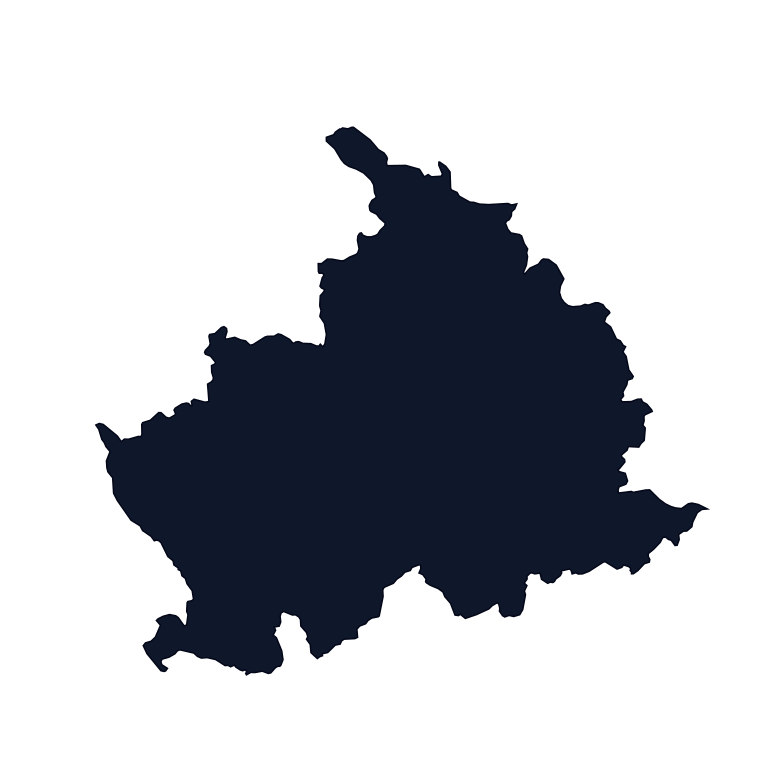 the border of Shan, rotated 258°
{"feature_id": "MMR-3277", "entity_name": "Shan", "entity_type": "State", "adm_level": 1, "iso_a3": "MMR", "parent_name": "Myanmar", "parent_adm1": "", "projection": "robinson", "projection_center": [97.631, 21.717], "detail": "fine", "context": "isolated", "style": "filled", "palette": "ink", "viewbox_px": 768, "rotation_deg": 258, "n_neighbors": 0, "source": "natural_earth", "source_scale": "10m", "svg_char_len": 6156}
<svg xmlns="http://www.w3.org/2000/svg" viewBox="0 0 768 768"><g transform="rotate(258 384 384)"><path d="M521.9,543.5L518.6,540.5L518.0,538.2L516.2,536.2L509.6,537.3L505.4,539.5L502.0,547.6L500.2,549.4L492.1,550.4L486.2,552.6L482.7,550.8L478.7,550.9L470.7,548.0L464.2,543.6L462.2,544.4L467.0,550.8L469.1,560.0L472.5,563.9L473.2,565.9L471.6,570.9L464.5,577.2L449.4,581.8L443.2,577.0L437.1,574.7L430.9,575.2L426.3,577.2L422.5,580.3L420.4,584.4L419.3,592.6L420.1,597.1L418.7,600.3L419.6,607.7L418.8,610.7L416.0,614.7L412.0,616.4L408.3,619.4L406.7,619.7L403.4,615.1L398.8,612.4L392.7,617.6L379.7,620.7L377.1,624.1L371.9,626.1L370.3,628.1L365.7,624.4L360.6,626.6L346.9,626.4L339.6,629.4L337.7,627.9L337.1,623.1L332.8,621.4L326.5,616.0L322.5,615.9L319.7,612.3L317.5,612.9L316.8,614.5L315.4,622.3L316.4,628.8L315.8,632.5L312.8,633.2L309.6,636.9L303.1,640.4L301.4,640.7L299.6,632.9L298.2,631.5L293.9,630.8L289.9,628.7L286.6,630.4L274.7,626.8L272.3,622.9L269.3,620.1L272.0,610.0L268.7,608.0L265.1,601.4L263.3,601.4L260.2,603.6L257.6,603.4L252.0,596.4L251.8,594.9L249.4,595.8L246.5,601.4L238.5,602.1L235.7,599.8L234.6,592.6L231.7,590.9L228.6,590.7L227.5,603.5L226.2,605.4L225.9,618.1L225.2,621.9L214.0,629.2L208.3,634.3L204.7,638.9L202.2,643.3L200.3,649.1L203.6,656.8L203.5,660.4L200.8,666.4L194.5,674.4L195.2,668.8L193.0,663.7L184.6,657.2L180.4,655.5L177.2,649.6L177.8,646.2L175.5,640.9L170.4,640.4L165.3,637.2L165.5,635.1L171.5,632.4L172.8,629.9L175.4,627.9L176.0,625.7L175.3,624.2L171.7,621.3L166.2,613.2L163.2,607.3L160.4,606.6L157.1,607.5L154.6,606.5L154.1,601.3L148.7,593.5L146.5,588.4L146.9,586.6L148.9,587.0L150.3,586.0L152.4,587.0L154.5,585.4L157.2,580.7L155.2,578.5L154.5,573.5L164.2,563.4L164.2,561.5L158.1,545.5L157.0,538.7L157.7,534.6L159.4,532.4L159.1,528.5L162.8,528.3L164.5,527.0L164.3,518.8L164.0,518.2L162.3,518.6L159.9,516.6L157.5,511.5L155.4,509.6L154.7,507.9L155.6,505.4L155.0,502.7L160.2,497.5L166.6,497.3L166.9,492.0L168.5,489.4L168.6,487.6L166.2,483.9L163.4,483.4L160.1,479.8L157.1,481.9L152.3,478.3L148.5,478.6L134.5,472.8L130.1,468.8L129.6,462.6L131.6,458.2L131.0,453.7L132.7,451.8L137.7,449.7L140.7,450.6L144.9,450.5L146.5,449.3L144.7,443.8L142.2,439.9L139.2,426.5L137.8,414.8L142.9,410.7L142.0,408.7L143.2,405.4L155.6,403.5L163.3,399.3L168.3,398.4L172.6,394.5L177.6,387.3L180.9,384.0L182.0,383.6L184.4,384.6L189.5,382.3L191.9,378.9L195.7,381.6L199.0,382.1L199.9,380.8L198.7,373.2L196.1,371.0L195.6,365.3L192.5,361.1L190.5,356.1L187.1,351.7L185.2,342.4L184.2,340.9L182.5,339.9L176.3,338.9L158.1,331.1L157.5,330.0L157.6,323.4L156.0,319.2L153.3,316.2L152.3,309.9L149.8,306.5L141.7,305.5L141.0,302.6L142.7,291.8L141.4,289.0L138.7,287.1L138.7,282.0L133.0,273.1L133.0,267.6L131.0,267.4L130.6,264.4L129.3,261.7L136.4,256.7L144.6,257.7L150.4,255.1L152.7,256.9L157.0,256.5L164.5,252.3L170.9,253.3L173.9,252.2L176.6,249.5L177.1,246.3L182.4,238.5L181.4,235.7L178.3,234.1L172.6,233.5L168.9,231.1L169.1,226.1L165.7,226.8L161.4,223.4L158.2,226.0L144.2,228.5L135.3,227.9L130.3,224.6L129.5,223.3L130.0,221.5L129.0,218.7L125.0,213.3L124.9,210.7L128.4,205.2L128.6,197.7L129.6,193.8L128.1,189.0L129.5,188.5L131.3,189.8L132.6,189.5L133.2,188.4L132.9,186.1L134.2,183.9L137.9,180.2L140.1,179.2L139.3,175.1L141.2,173.0L141.6,170.0L149.5,162.0L153.1,154.2L153.9,148.3L156.4,144.8L160.3,142.1L166.4,129.1L166.0,126.5L163.5,123.3L161.5,116.9L161.0,109.7L158.8,108.0L155.6,108.3L150.9,113.1L148.8,110.9L148.5,109.3L149.9,106.2L169.5,96.1L178.1,94.1L180.4,96.9L180.8,102.6L183.9,107.7L194.5,115.2L200.0,112.2L201.3,114.2L202.7,119.6L203.1,126.2L200.6,132.1L198.3,134.2L189.0,138.2L189.3,140.8L199.1,144.3L202.6,143.7L211.1,146.0L212.0,146.9L212.0,150.8L213.0,152.9L221.7,153.4L229.5,149.8L235.0,149.3L238.4,146.5L243.6,146.3L245.2,144.1L247.0,144.4L250.6,140.9L255.0,140.9L260.2,136.7L275.2,132.9L277.7,131.0L278.6,128.8L278.4,126.7L283.4,124.5L290.8,117.4L295.9,116.0L303.3,108.3L325.5,98.9L333.3,96.8L348.7,99.1L355.4,95.7L359.4,95.5L366.5,96.5L374.9,102.0L380.6,99.0L384.8,98.2L388.4,96.5L398.9,95.6L403.8,93.6L404.6,97.3L402.8,101.0L388.5,112.4L383.0,114.7L382.5,115.7L384.1,118.6L383.1,122.6L383.8,132.9L383.0,135.3L385.2,136.8L394.8,138.6L396.4,139.9L397.1,147.8L402.9,157.7L402.3,160.0L396.8,163.9L395.2,166.9L397.2,173.1L398.2,173.9L402.2,173.2L403.8,174.8L406.4,182.0L406.5,186.6L405.6,188.8L402.7,190.5L402.7,191.8L407.1,191.9L408.6,195.0L403.4,205.2L403.3,209.1L420.6,211.4L421.9,215.4L423.5,217.5L425.6,218.4L431.3,217.9L437.9,219.1L438.7,222.6L440.2,223.7L447.3,220.1L450.3,215.5L452.3,215.1L454.1,216.3L457.2,220.8L459.5,222.4L467.2,222.7L468.7,223.7L468.5,229.2L473.1,236.7L473.4,239.4L471.1,241.5L467.9,241.3L462.3,238.2L460.6,238.9L460.7,247.7L457.0,252.9L455.0,257.5L449.8,261.1L449.8,264.1L454.7,277.4L454.9,280.0L453.6,286.4L455.0,290.9L453.7,293.6L447.3,300.9L443.2,303.2L442.6,304.7L443.5,306.4L443.2,309.4L440.6,313.1L438.7,320.8L435.3,325.7L434.6,328.1L436.2,330.0L433.1,331.8L435.3,334.4L444.3,337.9L455.8,338.3L463.5,335.3L468.8,337.7L473.8,337.4L483.6,340.0L486.8,344.3L488.8,345.5L490.9,342.8L492.9,341.7L500.8,345.7L503.0,348.0L505.2,346.9L505.8,343.6L507.7,343.2L515.5,344.7L514.7,347.9L518.0,354.6L516.9,359.2L513.3,367.9L513.1,370.6L515.3,376.8L516.5,383.5L517.6,385.5L521.3,387.7L530.2,387.9L534.1,389.2L536.4,391.4L536.6,393.2L533.7,394.5L531.5,398.1L530.6,401.9L531.0,406.5L531.8,409.0L535.0,412.1L538.6,417.6L541.1,418.6L547.0,414.2L551.7,412.0L555.5,407.1L557.1,406.3L561.4,406.6L563.0,407.7L566.2,410.5L567.6,414.3L569.0,415.3L573.2,414.5L580.9,415.3L586.1,413.7L594.6,408.0L600.0,401.6L604.1,394.9L608.0,391.1L612.4,388.8L624.3,384.7L633.6,378.1L637.3,378.9L638.3,386.6L640.5,388.8L642.6,393.5L642.4,395.2L643.1,396.6L641.1,401.8L641.8,405.8L641.4,407.6L625.6,421.2L614.5,427.2L609.9,432.1L606.1,433.8L603.8,434.2L600.1,432.4L596.9,432.5L593.3,450.7L586.7,463.3L578.2,466.5L579.7,470.7L576.8,473.5L575.7,480.9L575.4,483.3L577.4,484.8L586.6,483.1L589.6,483.8L589.6,484.5L584.1,489.7L577.7,492.7L561.8,489.9L559.8,490.3L556.2,495.3L552.1,496.6L544.0,505.9L543.1,509.4L540.1,514.9L537.7,523.8L534.8,542.8L532.6,546.0L532.6,551.3L528.0,548.2L526.0,544.7L521.9,543.5Z" fill="#0f172a" stroke="#020617" stroke-width="1.5"/></g></svg>